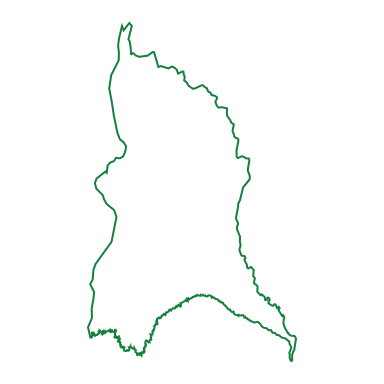 Bambouti, Haut-Mbomou, Central African Republic
{"feature_id": "33826404B2470815195032", "entity_name": "Bambouti", "entity_type": "district", "adm_level": 2, "iso_a3": "CAF", "parent_name": "Central African Republic", "parent_adm1": "Haut-Mbomou", "projection": "equal_earth", "projection_center": [26.948, 5.504], "detail": "fine", "context": "isolated", "style": "outline", "palette": "green", "viewbox_px": 384, "rotation_deg": 0, "n_neighbors": 0, "source": "geoboundaries", "source_scale": "gbopen_adm2", "svg_char_len": 6039}
<svg xmlns="http://www.w3.org/2000/svg" viewBox="0 0 384 384"><path d="M90.4,337.6L91.7,337.4L92.0,336.8L91.7,336.5L92.2,335.9L92.4,333.9L92.0,334.1L91.8,332.9L92.8,332.5L92.9,333.0L93.8,333.0L94.2,333.6L93.8,335.0L95.0,335.9L95.9,334.9L97.0,335.0L97.8,333.9L99.3,333.4L99.4,332.2L99.0,332.0L99.3,331.3L99.0,331.2L99.5,330.8L99.5,330.3L101.7,332.2L102.0,333.1L101.8,334.0L102.4,334.5L102.8,334.1L102.1,332.2L102.7,331.7L103.1,330.5L103.0,331.0L103.4,330.7L103.7,331.4L104.6,331.8L104.2,332.9L104.6,333.2L105.2,332.7L105.4,331.6L105.8,332.3L108.1,330.7L109.3,331.0L109.3,330.3L109.8,329.8L109.9,330.5L110.3,330.4L110.0,331.1L110.4,332.1L111.6,331.9L111.5,330.7L112.1,330.4L112.5,331.3L113.5,331.9L114.9,331.0L115.0,329.8L115.4,329.8L116.0,330.3L115.5,332.2L115.0,332.6L115.1,335.8L115.4,336.2L114.7,336.6L114.5,337.2L115.6,337.7L115.9,336.2L116.9,336.8L116.9,337.9L117.8,338.1L118.0,336.9L118.9,336.5L118.9,338.3L119.9,338.5L120.0,338.7L119.5,339.9L117.9,340.7L117.8,341.3L118.1,341.7L118.9,341.4L119.4,342.1L120.2,342.0L120.4,343.2L120.0,343.9L120.2,344.6L120.8,344.8L120.6,345.7L120.9,345.6L121.2,347.3L122.8,346.5L123.4,346.7L123.2,347.6L124.4,347.6L123.8,349.3L124.1,350.6L125.9,351.1L127.1,350.1L127.5,350.1L127.6,350.7L128.9,350.6L129.6,348.8L128.9,347.3L129.8,347.3L130.3,346.4L130.3,346.8L130.9,346.8L131.5,347.7L132.4,348.1L133.5,348.1L134.0,347.4L134.3,348.5L133.9,348.9L134.8,349.1L135.9,350.1L135.4,350.6L135.4,352.0L136.7,352.8L137.3,354.2L137.1,354.9L137.7,355.0L138.6,353.3L138.5,353.8L139.0,353.4L139.5,354.6L140.1,354.8L140.5,354.2L140.5,355.0L141.0,354.9L141.4,355.4L141.5,354.2L141.1,353.2L141.7,353.2L141.6,352.8L142.6,353.0L142.6,352.3L143.2,351.5L144.0,352.4L144.7,351.7L144.1,350.1L144.0,348.9L144.4,348.6L143.9,348.1L145.0,346.4L145.4,346.5L145.4,345.4L146.0,345.3L146.0,344.4L145.4,343.8L145.2,342.7L146.0,340.4L146.5,340.4L148.5,342.3L149.0,341.6L149.5,341.9L149.3,341.0L150.2,339.8L151.0,339.9L151.4,339.4L150.6,337.6L151.3,336.7L150.6,334.6L151.4,335.0L152.1,334.0L152.5,334.2L152.7,332.3L152.4,331.3L152.8,330.6L153.5,330.8L153.6,329.9L154.0,329.7L153.8,329.1L154.6,327.6L154.1,326.1L154.9,325.7L155.6,323.9L156.1,323.3L156.4,324.4L157.4,324.2L157.4,322.5L156.4,321.4L157.1,321.3L156.9,319.1L157.3,319.1L157.9,318.2L159.3,318.3L159.2,317.6L160.8,317.9L161.6,315.8L162.4,315.8L162.8,314.9L163.6,314.7L164.0,313.9L165.4,314.9L166.3,312.2L167.1,312.4L168.7,311.4L169.3,309.9L170.6,310.4L170.4,309.6L172.1,309.3L173.0,308.2L174.8,308.4L176.2,306.1L176.8,306.9L177.3,306.6L178.5,304.8L179.0,305.0L179.0,305.8L179.9,305.8L180.6,306.5L180.9,305.8L180.4,305.0L180.8,305.0L180.8,304.3L180.4,303.2L182.6,302.4L185.3,300.7L185.8,299.9L186.9,301.0L187.6,300.6L187.8,300.9L187.9,300.2L187.1,299.4L187.1,298.7L187.7,299.0L188.4,298.2L189.3,299.2L189.7,298.7L191.5,298.2L192.6,297.0L193.0,297.2L194.5,296.6L195.1,295.7L196.4,296.1L196.9,295.0L200.2,295.8L200.7,295.6L200.8,294.9L201.8,295.6L203.0,294.7L203.5,295.4L204.6,295.8L205.2,295.5L205.6,296.2L207.1,296.5L208.2,295.5L210.0,295.4L210.8,295.8L211.8,297.6L212.4,296.8L213.3,297.6L214.3,297.6L215.0,298.7L218.3,299.7L218.6,300.9L220.1,301.3L220.4,302.2L221.6,302.1L222.0,302.7L223.1,302.9L223.3,303.9L226.3,306.7L227.8,308.9L229.0,309.6L230.0,309.5L230.5,310.9L232.3,312.2L233.5,311.6L234.1,313.7L234.8,314.5L237.4,315.3L238.6,315.0L238.7,315.5L239.1,315.0L239.5,315.5L243.3,315.2L243.6,316.2L244.3,316.6L244.4,317.3L245.2,316.9L245.4,317.8L247.2,318.3L247.5,319.2L249.4,319.8L249.6,320.5L254.2,322.5L257.9,321.9L260.4,324.1L261.9,326.5L263.9,327.8L266.3,328.1L268.8,330.3L271.0,330.1L272.5,332.7L274.8,332.9L276.5,334.8L279.0,335.3L281.7,337.5L285.3,338.4L289.3,341.6L289.5,343.8L291.3,347.1L291.3,347.9L289.3,353.1L289.8,354.8L289.6,357.5L290.4,359.9L291.4,361.0L292.1,360.5L292.2,354.4L293.4,351.3L294.2,350.3L296.0,338.5L295.1,336.7L294.3,335.9L291.6,335.9L289.5,334.8L288.4,333.1L288.0,333.2L284.9,327.9L283.5,324.0L283.6,320.0L284.4,317.4L283.1,315.1L282.2,316.1L278.5,310.0L279.6,308.3L279.3,307.4L278.7,306.8L277.1,308.1L275.4,304.5L274.5,304.2L272.9,305.8L271.4,305.3L268.5,303.2L268.6,301.3L269.6,300.5L269.7,299.8L269.3,298.5L268.4,297.6L267.3,297.8L267.0,299.7L265.2,300.0L264.6,296.9L261.7,294.4L260.9,295.3L260.5,295.2L257.5,291.9L257.3,291.0L257.6,286.8L256.9,285.4L254.2,283.5L254.1,281.2L254.8,278.8L254.8,278.1L253.2,276.0L253.7,270.1L251.2,267.0L248.2,268.4L247.6,268.1L247.1,267.3L246.9,264.9L244.5,260.2L244.7,258.8L245.5,257.9L245.2,257.3L244.5,256.1L241.5,255.6L239.8,251.3L239.4,249.5L240.6,245.4L239.9,241.6L240.0,236.6L236.9,228.9L236.9,227.0L238.0,224.3L238.0,223.1L235.9,218.2L238.1,206.9L238.3,203.3L239.9,200.5L242.9,188.2L243.4,187.0L249.5,179.6L249.7,178.8L249.8,176.0L247.9,170.9L247.8,169.6L249.4,160.2L248.7,158.5L246.1,158.4L243.0,156.5L242.0,156.3L238.0,158.0L237.3,157.7L236.7,156.5L236.5,150.5L238.4,140.8L238.3,139.4L237.8,138.5L235.7,137.9L234.3,136.5L234.0,134.7L232.5,130.9L233.8,124.8L233.6,124.2L231.2,122.5L230.2,120.1L227.3,116.1L226.8,112.5L227.1,108.4L222.1,107.2L218.9,107.7L217.7,106.9L216.1,104.1L215.4,101.8L216.9,98.7L217.0,97.9L216.7,96.9L214.1,95.5L211.7,95.2L210.4,92.6L208.8,92.0L207.7,90.6L206.9,88.3L204.6,87.0L203.0,85.3L201.9,85.2L195.0,88.4L192.9,88.8L188.4,85.6L186.6,82.3L184.1,80.3L184.8,76.9L183.7,74.5L183.4,71.6L182.4,71.5L178.1,73.6L176.8,69.8L174.5,67.7L172.0,66.5L168.3,68.4L160.9,66.1L158.4,67.0L154.0,52.1L152.6,52.1L147.8,55.6L139.3,56.8L135.8,55.5L133.4,53.3L132.8,53.2L131.5,54.3L131.1,54.1L130.6,46.9L130.0,43.0L129.5,41.0L128.4,39.5L131.8,25.9L129.3,23.0L123.7,30.3L122.0,25.9L119.0,38.6L118.1,45.6L118.9,52.7L118.7,60.3L111.2,75.2L109.2,88.4L111.9,102.5L113.9,115.8L117.4,132.8L119.9,139.3L123.7,142.4L126.2,146.5L125.2,151.6L123.1,156.5L119.8,158.3L116.0,157.9L113.9,161.2L110.4,162.4L107.7,165.3L106.7,172.8L105.4,171.6L96.6,178.5L94.9,183.2L96.3,188.6L102.8,195.3L104.1,199.5L106.7,204.0L114.2,210.2L116.5,217.0L111.5,241.9L95.6,263.9L93.4,270.1L92.7,279.4L90.2,284.2L94.1,292.0L93.5,298.5L91.7,308.5L91.9,318.1L88.0,327.4L90.4,337.6Z" fill="none" stroke="#15803d" stroke-width="2"/></svg>